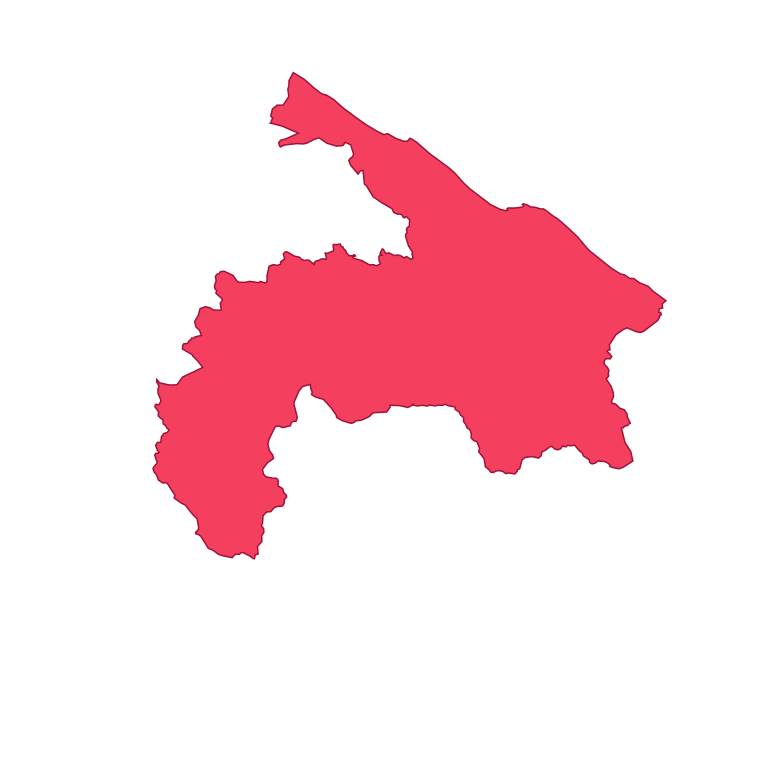 outline of Sambava, Sava, Madagascar, rotated 304°
{"feature_id": "10022922B78580830473532", "entity_name": "Sambava", "entity_type": "district", "adm_level": 2, "iso_a3": "MDG", "parent_name": "Madagascar", "parent_adm1": "Sava", "projection": "equal_earth", "projection_center": [49.762, -14.245], "detail": "fine", "context": "isolated", "style": "filled", "palette": "rose", "viewbox_px": 768, "rotation_deg": 304, "n_neighbors": 0, "source": "geoboundaries", "source_scale": "gbopen_adm2", "svg_char_len": 6171}
<svg xmlns="http://www.w3.org/2000/svg" viewBox="0 0 768 768"><g transform="rotate(304 384 384)"><path d="M151.4,346.2L155.1,355.2L159.5,355.8L161.9,359.3L164.4,360.0L165.4,361.4L166.4,369.3L166.1,373.1L166.8,374.3L170.1,372.8L172.7,374.7L178.4,370.0L185.2,370.8L189.8,367.4L193.8,367.4L196.9,365.0L197.9,361.4L200.5,361.2L207.1,357.4L212.1,358.2L214.9,361.5L220.1,362.1L222.7,363.9L226.0,368.0L227.6,368.2L230.7,367.3L232.3,365.9L235.9,366.5L237.2,365.1L238.0,361.4L240.6,358.5L240.3,353.1L244.3,350.7L245.5,349.1L245.5,346.9L244.3,345.6L241.1,338.2L241.9,334.4L245.3,331.0L253.7,331.4L260.5,334.1L263.0,331.2L264.6,326.3L269.1,321.4L273.6,319.7L286.6,317.8L288.0,317.9L289.6,319.3L290.4,320.5L291.3,324.5L297.1,329.8L300.1,328.7L302.3,329.7L303.7,331.9L307.7,330.9L317.3,320.2L320.2,319.3L330.6,317.4L336.2,317.8L339.3,320.3L342.4,323.2L339.4,325.7L337.1,329.1L334.7,329.8L334.9,334.5L337.4,342.5L334.8,353.0L331.6,361.5L329.8,363.5L330.2,369.8L333.0,378.7L334.6,380.2L337.9,381.5L341.1,385.2L345.5,388.1L349.0,390.1L354.0,391.0L362.2,401.8L368.0,402.1L369.8,401.0L374.8,409.0L377.9,416.9L382.3,419.4L383.5,419.3L383.1,420.9L384.3,423.7L387.7,427.6L389.9,432.1L392.4,434.1L394.3,438.5L397.2,441.3L398.5,443.8L401.7,446.6L401.7,448.8L404.6,455.7L402.7,457.4L402.9,461.8L401.1,464.8L400.5,468.9L397.4,470.9L396.3,474.3L394.0,477.4L394.2,480.7L391.4,484.3L388.1,486.3L387.3,489.7L388.1,493.2L384.2,499.2L380.7,500.4L378.1,508.7L372.1,514.3L371.7,518.8L370.6,521.9L371.7,524.1L374.5,525.5L376.4,527.6L378.0,531.5L377.8,535.1L380.0,537.2L382.7,542.9L386.3,543.2L387.5,542.5L389.5,543.9L398.3,540.9L401.9,542.0L406.5,547.2L409.0,553.5L412.1,554.4L416.4,552.9L419.3,554.9L425.3,556.8L426.1,558.5L425.6,562.1L426.7,565.0L429.5,566.8L432.1,566.5L433.6,569.9L435.9,570.6L437.1,573.2L439.9,576.3L437.9,583.2L437.6,587.2L435.9,589.5L435.9,596.4L434.1,598.4L433.9,600.2L434.3,601.4L436.3,603.2L439.9,604.6L443.0,610.2L443.6,612.8L443.3,616.6L442.0,617.2L442.4,619.7L445.1,626.2L448.6,628.8L459.3,633.4L466.0,626.3L470.3,616.5L480.0,605.6L481.8,607.0L483.0,606.7L486.1,609.3L487.5,609.2L489.0,610.1L489.7,609.5L492.5,604.4L495.1,602.2L497.0,597.6L495.8,592.9L496.9,587.3L495.4,583.7L497.7,582.0L501.8,581.4L505.0,579.0L509.0,573.6L512.5,565.4L516.2,565.8L518.3,563.9L520.9,563.0L522.6,560.2L523.6,555.5L526.0,553.7L529.1,553.9L531.3,557.4L534.1,557.5L535.3,554.2L535.7,550.7L536.7,550.5L538.7,552.2L542.6,548.9L554.5,548.7L562.8,551.8L566.5,554.1L568.4,563.8L570.1,567.7L572.8,569.8L589.8,575.4L593.4,575.1L595.1,574.2L596.4,575.2L598.1,573.4L597.1,571.9L597.3,571.4L600.3,570.2L602.8,572.5L606.0,569.8L610.7,571.2L611.4,555.0L612.7,548.6L610.8,538.9L611.1,532.0L608.9,528.6L609.0,522.5L607.5,518.6L607.1,508.3L609.5,478.8L614.2,462.1L616.7,447.0L618.1,435.0L617.8,431.1L618.5,420.1L618.3,418.2L616.8,416.2L614.9,410.2L612.9,406.9L612.5,402.4L611.3,398.8L610.4,398.2L609.7,400.1L608.4,400.2L603.0,394.0L599.2,388.3L597.8,388.1L597.6,389.3L597.1,389.4L595.7,387.9L593.7,382.5L592.3,371.5L593.8,346.1L595.2,337.4L598.5,324.5L599.5,316.7L600.5,293.1L602.7,275.9L602.7,270.8L602.1,268.0L598.4,267.7L596.2,264.4L594.3,256.8L593.6,247.0L590.7,244.6L589.6,236.5L589.0,223.9L589.2,213.5L590.0,195.9L591.7,183.0L591.4,174.9L590.1,171.6L589.7,168.8L590.3,160.2L592.0,147.9L591.4,134.6L582.3,135.6L578.6,138.1L574.4,139.6L569.7,143.8L568.0,144.4L558.7,144.4L555.4,139.5L549.7,137.7L542.9,140.2L542.1,143.3L539.6,143.3L537.9,144.4L536.8,143.8L540.7,154.9L544.1,172.8L532.3,165.5L528.3,162.0L525.1,161.7L523.0,164.3L522.6,165.5L526.3,167.7L529.9,171.8L534.7,177.5L538.0,183.0L540.3,185.2L547.7,189.3L551.8,192.4L551.7,202.1L554.7,211.7L558.7,216.6L562.6,216.7L563.7,222.6L557.8,230.0L555.1,230.9L551.2,229.7L549.4,230.0L546.7,234.1L543.5,245.2L547.2,245.2L549.4,247.1L538.8,256.0L538.7,258.2L533.2,270.2L533.0,279.6L533.8,292.8L531.7,296.0L532.4,300.4L533.9,302.3L534.3,303.9L532.9,307.1L533.4,308.3L534.7,308.2L535.2,309.5L534.4,313.4L529.0,316.7L525.9,315.7L524.7,316.2L522.6,318.6L520.7,318.2L518.5,319.3L512.2,327.1L509.2,334.0L507.4,334.5L504.9,337.6L502.3,336.6L502.3,331.3L499.7,330.2L499.7,325.8L498.7,323.3L496.4,320.9L495.4,314.4L493.7,313.4L493.7,311.4L495.3,308.0L494.9,307.0L490.2,307.7L489.6,310.4L488.4,308.4L486.6,308.6L483.0,311.4L482.4,313.2L481.6,313.8L477.7,311.6L477.1,308.6L474.6,305.2L474.0,296.9L471.2,288.4L472.1,287.1L474.1,288.8L474.7,287.7L474.2,286.7L472.6,286.1L470.9,283.3L471.8,279.3L473.1,277.9L473.5,275.2L474.5,273.5L474.2,271.5L475.6,269.4L472.7,266.5L472.0,264.6L470.6,264.1L467.5,267.0L466.0,267.5L461.0,264.2L459.6,262.0L456.8,265.3L455.1,266.2L452.8,262.2L449.2,260.3L448.3,259.0L445.8,258.2L443.9,259.1L444.7,252.8L443.6,250.7L441.8,248.9L441.2,245.6L441.9,243.1L439.9,238.2L439.4,229.9L438.4,228.3L435.5,227.8L432.2,231.7L427.7,230.0L425.2,231.3L422.3,228.7L421.5,226.3L419.9,224.5L417.4,222.9L408.7,226.3L403.6,229.7L401.3,229.0L399.9,224.1L398.0,223.5L393.9,215.1L391.2,212.7L387.2,206.9L387.2,204.2L389.6,198.1L388.1,188.4L385.7,185.6L383.2,185.6L381.7,184.2L380.2,184.0L378.5,184.3L376.1,186.9L370.2,188.8L368.3,190.8L367.9,193.1L365.2,193.9L364.2,201.6L363.0,203.3L359.5,203.0L354.6,207.6L353.9,207.5L349.9,201.1L349.9,197.1L348.1,192.6L343.6,189.4L337.1,191.6L329.9,192.1L326.2,196.1L325.3,201.1L322.2,205.5L317.3,200.9L315.5,200.6L314.4,198.8L312.5,199.2L311.2,198.2L307.8,198.5L305.4,195.5L303.3,195.6L300.3,197.3L301.1,208.4L300.2,210.1L299.0,216.5L296.3,224.5L277.3,213.2L267.5,212.8L263.1,206.6L259.5,197.3L260.6,193.2L258.6,194.3L256.4,198.6L253.3,199.5L249.8,202.0L246.1,207.7L244.4,208.8L240.6,208.9L240.0,206.8L239.1,206.0L237.0,206.8L235.0,212.5L231.3,214.7L230.7,217.9L230.9,220.5L227.4,223.4L227.5,226.1L226.2,228.2L225.6,231.5L222.7,231.4L219.8,229.1L215.7,229.0L210.8,231.6L208.9,228.8L205.4,228.9L202.4,233.0L201.5,235.8L200.6,235.8L198.9,233.6L196.8,233.7L191.9,240.1L186.1,239.5L184.4,240.0L182.3,243.1L181.4,246.4L178.2,250.7L178.2,256.1L180.1,258.2L180.5,259.7L174.8,273.1L172.5,273.5L172.1,274.1L171.9,282.0L172.5,286.9L168.9,298.2L167.7,304.5L161.0,310.9L158.9,311.5L155.6,310.7L154.7,311.5L155.5,315.1L155.3,317.5L149.5,330.3L150.6,335.4L150.2,341.8L151.4,346.2Z" fill="#f43f5e" stroke="#9f1239" stroke-width="1.5"/></g></svg>